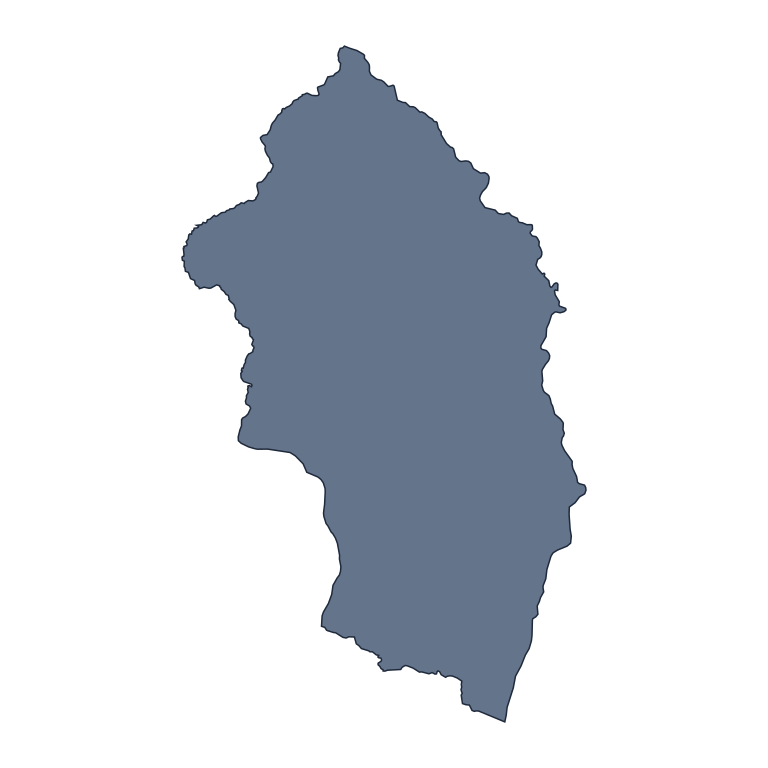 outline of Ainaro, Ainaro, East Timor
{"feature_id": "22284137B67278963884363", "entity_name": "Ainaro", "entity_type": "district", "adm_level": 2, "iso_a3": "TLS", "parent_name": "East Timor", "parent_adm1": "Ainaro", "projection": "mercator", "projection_center": [125.494, -9.042], "detail": "fine", "context": "isolated", "style": "filled", "palette": "slate", "viewbox_px": 768, "rotation_deg": 0, "n_neighbors": 0, "source": "geoboundaries", "source_scale": "gbopen_adm2", "svg_char_len": 6085}
<svg xmlns="http://www.w3.org/2000/svg" viewBox="0 0 768 768"><path d="M565.5,308.3L559.5,306.1L558.9,304.8L559.3,301.7L555.2,294.9L554.5,290.8L555.3,290.0L557.7,290.5L557.9,284.2L557.0,283.1L556.0,282.9L554.2,283.8L552.0,286.9L551.0,287.4L549.8,285.9L548.8,280.7L544.2,276.2L544.8,274.1L544.0,273.2L542.3,274.0L538.1,269.1L536.0,265.1L537.7,259.4L540.3,257.7L541.2,256.4L541.8,254.5L541.8,251.9L540.4,248.1L538.9,245.6L539.2,241.7L537.3,238.1L535.9,236.6L532.3,236.0L530.1,233.1L530.5,231.7L532.0,230.3L532.5,229.0L532.3,225.2L531.0,224.6L526.9,224.7L522.4,222.8L519.5,222.4L518.4,221.6L517.3,218.3L511.5,215.7L509.1,213.0L506.4,213.1L503.7,214.4L499.2,213.7L498.0,213.2L495.2,210.1L485.0,207.6L480.3,200.9L479.6,198.1L480.5,195.1L482.4,191.7L486.3,187.6L488.4,183.2L489.1,178.5L488.9,176.5L487.5,174.2L484.7,172.7L480.5,173.1L474.2,169.2L473.4,168.7L470.8,163.0L468.5,161.3L465.7,160.9L461.1,161.5L459.0,160.7L455.7,157.2L453.6,148.8L452.1,147.5L450.5,147.1L446.5,143.5L441.2,134.8L441.1,131.8L439.8,130.6L438.2,127.9L437.1,122.8L436.5,121.9L434.0,121.4L432.4,119.1L428.7,117.0L424.9,113.4L421.8,111.9L419.8,112.1L415.3,107.7L413.4,106.8L409.7,106.6L405.5,102.6L402.8,102.4L397.4,100.2L394.1,86.0L393.0,85.2L389.4,86.4L388.0,86.3L383.8,81.9L381.4,80.3L376.7,79.2L371.0,74.9L369.4,71.3L369.5,66.7L369.1,64.5L367.8,62.3L364.4,58.3L364.5,55.4L363.5,54.3L356.9,50.5L349.6,48.2L344.4,46.1L342.8,47.9L340.2,48.4L338.4,52.8L338.0,55.4L338.7,58.1L338.4,59.9L339.4,62.0L340.6,63.3L339.9,69.6L338.3,71.8L335.2,73.6L333.4,75.8L327.8,76.9L324.8,83.7L324.0,84.8L317.9,87.1L317.5,87.7L317.8,90.0L319.1,94.1L318.5,95.2L316.7,95.7L311.9,95.4L307.4,93.2L306.2,93.3L304.6,94.3L302.3,94.7L302.3,95.7L298.6,98.0L298.3,99.0L294.0,100.6L292.7,102.1L292.2,103.7L289.5,106.0L286.3,107.4L284.7,108.9L283.6,108.5L282.5,108.8L281.8,110.4L281.8,112.0L280.2,113.8L278.0,115.1L275.1,120.1L272.4,123.2L271.3,125.5L270.2,129.8L267.1,134.6L263.0,135.4L260.5,137.5L260.5,138.7L262.1,142.0L265.0,145.5L265.4,146.3L264.9,148.9L265.5,151.5L267.4,155.3L269.4,157.9L270.4,161.7L271.7,163.5L272.8,163.9L273.1,166.5L270.5,172.0L268.6,172.6L265.7,177.5L262.6,181.1L261.4,182.0L258.8,182.4L257.4,183.3L256.9,185.9L258.5,193.1L257.2,196.2L255.8,198.0L256.1,198.7L254.8,200.0L252.8,200.9L248.3,200.5L245.0,202.5L244.3,203.5L241.2,202.8L239.3,204.4L236.4,205.5L234.8,207.7L233.5,208.5L229.7,209.0L229.3,209.8L226.5,210.7L225.2,212.2L221.4,212.7L216.8,216.2L215.5,216.3L214.4,215.4L213.4,216.0L210.2,219.1L207.4,219.8L206.7,222.2L205.6,223.0L203.1,222.4L201.7,224.7L196.6,225.3L198.6,226.3L198.3,227.2L197.1,227.9L194.2,228.2L193.5,230.6L192.1,231.0L191.5,234.2L189.9,233.9L188.8,234.9L188.2,239.0L186.1,241.9L187.2,244.1L186.7,245.6L183.9,246.5L184.1,247.8L183.3,248.2L184.0,254.3L183.8,256.2L182.4,256.6L182.0,257.5L182.4,260.3L184.3,261.1L184.1,266.5L185.0,268.1L185.4,271.3L188.4,272.4L190.5,278.6L194.6,280.5L195.1,283.7L196.0,285.2L198.7,286.9L199.4,288.7L204.1,287.2L208.6,288.2L210.8,288.1L216.6,284.9L219.6,285.7L219.6,286.5L220.8,287.6L221.2,289.2L224.3,291.7L226.0,294.4L228.3,295.4L229.1,298.9L228.8,299.4L230.4,301.5L233.8,304.5L235.9,310.3L235.1,313.5L235.1,316.5L236.2,319.1L238.3,320.4L238.8,321.2L238.8,322.9L241.1,323.8L242.8,326.0L248.7,328.4L249.9,331.7L249.6,333.8L250.1,336.1L252.2,337.7L252.3,338.5L253.5,339.8L251.8,344.4L252.6,345.9L253.5,346.2L254.0,347.8L253.0,349.9L252.8,351.7L250.3,353.4L248.7,353.9L247.2,356.0L245.4,360.1L245.5,362.4L244.2,364.4L243.2,368.2L242.2,368.0L241.7,368.9L241.4,370.7L242.3,371.2L240.8,373.4L241.1,377.8L243.0,380.7L244.0,381.6L251.3,384.1L252.0,385.1L251.5,386.7L249.5,385.6L248.0,385.9L247.8,386.9L248.3,387.4L247.5,389.2L248.2,392.4L246.4,395.8L246.5,397.8L245.4,401.3L246.1,404.0L249.4,405.9L250.7,408.2L248.0,414.0L245.4,416.6L242.7,418.0L241.6,419.6L241.5,425.9L239.9,430.0L238.2,436.9L238.4,440.7L241.2,443.3L244.3,444.8L248.6,446.9L254.4,448.6L257.3,449.2L267.7,449.1L290.0,452.5L295.4,455.9L303.1,463.8L306.8,472.3L317.9,477.0L320.9,479.4L323.3,482.8L325.1,488.6L325.2,492.1L324.6,504.3L323.5,513.0L323.9,516.5L326.1,523.6L327.8,525.7L331.1,532.0L332.8,533.7L335.4,538.0L337.4,543.3L339.6,555.4L339.4,558.8L340.9,566.6L340.5,571.3L339.4,575.0L337.2,577.9L333.0,585.3L331.7,594.5L328.4,603.5L323.5,611.9L322.1,615.9L321.5,626.3L324.8,627.4L326.5,630.1L327.4,630.6L333.8,632.6L335.5,632.7L343.0,637.4L346.1,638.0L348.9,636.8L354.4,637.0L356.3,643.8L358.9,645.6L361.4,648.6L368.7,650.8L369.9,651.8L372.4,651.8L376.3,654.9L378.7,655.4L377.9,657.0L379.0,657.9L380.8,658.0L381.6,659.9L381.1,661.2L378.1,663.2L378.1,664.8L379.8,666.3L381.1,668.7L383.1,669.8L383.1,671.0L385.0,671.1L387.7,670.2L400.7,669.5L402.2,667.2L405.2,665.5L407.2,665.8L413.1,668.1L419.4,672.1L421.7,671.9L429.0,673.8L432.1,672.6L435.0,674.1L436.5,673.9L437.2,671.5L438.0,670.9L439.6,671.7L441.2,674.7L445.6,677.3L447.4,676.2L450.1,675.8L452.6,676.1L457.2,678.0L461.8,681.1L461.3,684.6L461.7,687.2L461.0,689.7L462.2,693.5L461.2,695.1L462.5,703.6L465.9,704.7L469.4,705.1L472.0,710.4L474.2,711.3L476.5,710.9L478.8,711.1L504.8,721.9L506.2,715.3L507.1,707.4L513.3,687.8L515.5,676.2L521.0,666.0L525.4,655.0L529.1,648.7L531.4,640.9L532.0,635.5L532.4,620.1L532.8,618.7L535.8,616.8L537.9,614.3L537.2,606.0L539.4,601.4L540.5,597.6L543.7,591.9L543.0,587.6L543.2,585.5L545.8,578.8L546.9,569.5L550.9,556.4L552.7,553.3L553.9,552.3L557.7,550.0L567.1,546.1L570.6,543.1L571.3,536.3L570.1,529.1L569.1,514.3L569.3,507.0L575.1,502.7L579.5,496.9L584.7,493.8L586.0,490.2L585.7,487.5L584.5,485.1L579.4,483.7L577.6,482.4L576.6,476.6L572.8,468.4L572.1,464.6L572.2,461.3L564.6,450.7L561.9,445.2L561.3,442.5L562.2,437.7L563.5,436.0L564.3,433.2L563.0,429.7L563.3,423.3L562.8,422.1L560.3,418.9L554.7,414.1L552.6,406.0L551.2,403.4L550.3,399.0L548.9,395.6L544.4,392.2L543.3,390.4L541.7,385.1L542.7,380.9L541.9,371.7L542.3,369.6L545.4,364.5L548.4,360.8L549.4,358.5L549.7,355.7L548.6,353.1L546.5,350.6L541.9,349.3L540.9,348.2L540.9,345.7L546.1,336.7L546.6,328.3L549.1,322.7L551.6,314.8L554.7,312.2L556.0,311.9L560.1,312.8L564.0,311.7L565.8,310.3L566.0,309.2L565.5,308.3Z" fill="#64748b" stroke="#1e293b" stroke-width="1.5"/></svg>